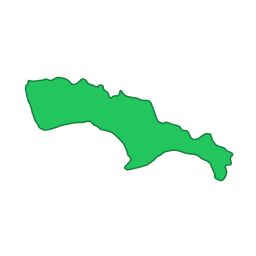 Plateaux, Haut-Ogooué, Gabon, rotated 279°
{"feature_id": "22940354B6249741247917", "entity_name": "Plateaux", "entity_type": "district", "adm_level": 2, "iso_a3": "GAB", "parent_name": "Gabon", "parent_adm1": "Haut-Ogooué", "projection": "robinson", "projection_center": [14.201, -1.717], "detail": "fine", "context": "isolated", "style": "filled", "palette": "green", "viewbox_px": 256, "rotation_deg": 279, "n_neighbors": 0, "source": "geoboundaries", "source_scale": "gbopen_adm2", "svg_char_len": 3773}
<svg xmlns="http://www.w3.org/2000/svg" viewBox="0 0 256 256"><g transform="rotate(279 128 128)"><path d="M159.3,22.3L156.5,22.1L154.7,21.4L153.7,20.6L152.2,20.5L150.7,20.7L149.0,21.1L147.5,22.0L144.6,22.9L141.7,24.1L138.9,25.3L136.7,27.0L135.0,28.2L132.2,29.5L128.6,30.9L125.1,32.9L121.6,34.6L118.6,37.2L118.0,37.9L117.4,38.4L114.6,40.3L114.0,41.4L113.4,43.1L113.0,44.8L113.0,46.5L113.7,48.5L114.3,51.0L114.6,51.6L116.6,55.3L118.1,58.4L119.3,60.0L121.7,65.8L123.6,71.0L124.6,73.5L125.8,78.6L126.2,81.5L127.0,84.1L128.1,86.2L128.5,87.9L128.6,89.8L127.8,91.2L126.3,93.0L125.7,93.9L125.3,95.3L124.8,97.4L123.2,99.9L122.5,100.9L122.2,102.6L122.2,105.2L121.7,110.2L120.9,113.2L119.6,115.7L116.8,119.6L114.1,123.5L111.5,126.3L108.3,128.6L106.1,129.9L104.5,130.8L102.0,131.8L101.0,132.6L99.8,134.1L98.8,135.1L97.8,135.7L96.3,135.7L94.5,134.7L93.1,133.7L92.1,133.0L90.4,131.8L89.0,130.9L87.8,131.1L87.0,132.5L86.6,134.1L87.6,136.9L88.5,139.0L89.5,141.5L90.6,144.3L92.4,148.2L93.7,150.9L94.7,152.8L96.8,155.1L98.4,156.6L100.6,158.7L102.0,159.7L103.7,160.6L104.3,161.4L105.7,163.4L107.8,165.6L109.4,167.0L110.4,168.6L111.3,170.7L112.3,173.3L113.2,175.9L113.5,179.1L113.3,182.3L112.8,185.5L112.4,187.7L112.1,189.9L112.1,192.4L112.2,194.7L112.4,196.2L112.3,197.9L112.1,199.6L111.8,201.0L111.1,202.7L110.7,203.5L109.8,204.6L109.3,205.7L108.9,206.9L108.3,209.3L107.9,211.3L106.4,213.8L105.5,214.9L104.1,215.9L102.9,216.4L101.4,217.5L100.1,218.3L99.1,219.0L97.6,219.9L96.6,220.5L94.5,221.3L92.6,221.6L92.1,222.2L91.4,224.1L90.6,226.4L90.6,228.0L91.4,229.6L92.7,230.5L93.7,231.2L95.1,231.7L96.5,232.1L98.5,232.3L100.4,232.2L101.7,231.7L103.0,231.0L104.2,230.3L105.7,230.3L106.9,231.6L107.3,233.1L107.6,234.7L108.5,235.4L109.8,235.4L111.1,234.9L112.7,234.2L114.0,233.9L114.9,234.0L115.8,234.2L116.8,235.1L117.8,235.5L118.8,235.2L119.6,234.3L120.0,232.9L120.3,231.7L120.7,230.1L121.2,228.7L122.2,227.5L122.8,226.8L123.4,225.8L123.6,224.5L123.8,223.2L124.0,220.9L124.3,219.8L125.0,217.7L126.1,216.1L127.4,215.0L129.4,213.1L131.4,212.2L133.1,211.3L134.7,210.7L134.7,209.4L134.8,207.4L134.5,205.7L133.5,204.3L131.6,202.2L129.0,199.7L127.9,197.9L127.2,196.5L127.0,195.0L127.3,193.4L128.0,191.9L129.3,191.0L131.1,189.6L133.3,188.1L134.1,187.0L134.5,185.9L134.4,184.6L134.3,183.2L134.2,182.2L134.3,181.4L135.7,180.5L136.5,179.9L137.5,178.5L137.9,176.8L138.2,175.2L138.4,173.0L138.6,170.8L138.9,169.5L139.2,168.5L139.5,167.1L139.7,165.0L139.4,164.1L138.6,163.4L138.2,162.3L138.2,161.4L138.4,160.1L138.5,158.8L138.8,157.7L139.3,156.8L140.2,155.8L141.6,154.9L144.3,153.4L146.9,152.1L150.0,150.5L152.0,149.3L154.1,148.0L156.3,146.7L157.6,145.3L158.0,144.4L158.2,143.1L158.0,141.3L157.8,139.9L157.6,138.3L157.7,136.6L158.1,135.0L158.6,133.4L158.8,131.4L158.7,128.5L158.9,126.0L158.9,123.8L159.1,122.0L159.6,120.3L160.6,118.6L161.7,117.3L162.8,116.4L163.7,115.4L163.4,114.4L161.7,114.3L160.0,114.1L159.0,113.6L158.4,113.0L157.9,111.9L157.7,110.9L157.5,109.4L156.8,108.1L156.2,107.6L155.3,107.0L154.8,105.9L155.3,105.1L156.1,104.5L157.4,103.9L158.5,103.4L159.6,102.5L160.3,101.7L161.2,99.9L161.7,98.4L162.7,97.7L164.1,97.4L165.5,96.7L166.0,95.8L166.2,94.6L165.7,92.9L165.1,92.3L164.1,91.5L163.6,90.5L163.7,89.5L164.0,88.5L164.5,87.5L164.8,86.4L165.0,84.7L165.4,82.5L165.9,81.4L166.8,80.6L167.7,79.7L168.6,78.7L169.2,77.2L169.4,76.0L168.8,74.5L168.1,73.8L167.0,73.2L165.7,72.2L164.0,70.5L162.9,69.1L162.6,68.1L162.4,66.7L162.6,65.6L163.0,64.8L163.7,64.0L164.8,62.8L165.4,61.9L165.9,60.9L166.4,59.4L166.7,58.1L166.9,56.5L167.1,54.0L167.1,52.3L166.9,50.4L165.7,48.3L164.9,47.5L163.8,46.2L163.1,45.1L162.8,43.5L162.9,42.3L163.3,41.4L163.5,40.2L163.3,38.9L162.4,37.2L161.7,35.6L161.0,32.7L160.1,30.3L159.4,27.4L159.2,25.7L159.3,23.1L159.3,22.3Z" fill="#22c55e" stroke="#15803d" stroke-width="1.5"/></g></svg>